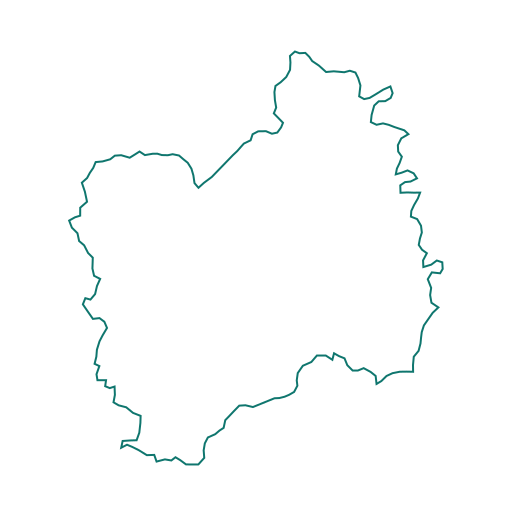 André da Rocha, Rio Grande do Sul, Brazil (Albers equal-area conic projection), rotated 348°
{"feature_id": "56859067B25456576181088", "entity_name": "André da Rocha", "entity_type": "district", "adm_level": 2, "iso_a3": "BRA", "parent_name": "Brazil", "parent_adm1": "Rio Grande do Sul", "projection": "albers", "projection_center": [-51.497, -28.59], "detail": "fine", "context": "isolated", "style": "outline", "palette": "teal", "viewbox_px": 512, "rotation_deg": 348, "n_neighbors": 0, "source": "geoboundaries", "source_scale": "gbopen_adm2", "svg_char_len": 2970}
<svg xmlns="http://www.w3.org/2000/svg" viewBox="0 0 512 512"><g transform="rotate(348 256 256)"><path d="M427.2,163.9L418.3,158.7L413.1,155.3L407.8,152.7L401.2,152.7L396.2,148.9L398.4,142.1L402.9,133.4L408.2,130.2L414.6,131.4L420.6,129.4L423.5,125.1L422.7,118.1L415.1,119.7L406.5,122.8L400.0,125.0L394.4,125.0L390.1,121.3L393.6,110.9L392.9,103.2L391.4,97.2L386.3,94.3L380.5,94.6L376.0,93.2L370.4,91.5L362.8,90.6L357.1,82.8L351.5,77.0L349.5,72.2L346.5,67.6L340.7,66.7L336.6,64.1L330.8,67.4L329.9,73.9L328.0,81.0L322.8,87.2L316.2,91.2L310.4,93.7L308.1,99.5L306.9,107.5L306.6,115.0L303.1,120.2L310.1,131.3L307.3,135.4L302.5,139.7L297.0,139.7L291.7,136.0L284.1,134.5L278.0,136.2L274.8,141.7L267.5,143.5L263.4,146.5L259.4,149.5L254.3,152.6L229.2,169.5L220.3,173.6L213.9,177.3L211.0,171.9L211.5,164.1L211.0,157.2L208.6,150.6L205.1,146.3L201.6,141.7L195.6,139.1L190.8,139.1L184.9,137.7L180.7,135.4L176.1,134.5L168.3,134.2L163.8,129.6L159.0,131.4L152.9,133.6L145.1,129.4L138.8,128.5L133.5,131.1L125.6,131.6L118.7,130.8L115.1,136.0L110.8,140.1L107.0,144.6L100.9,148.1L102.0,157.5L102.0,167.8L94.1,172.2L92.4,180.0L87.0,180.5L80.6,182.5L81.8,190.0L86.1,196.6L86.1,204.6L90.1,209.8L92.4,218.2L96.0,223.7L94.7,229.0L93.4,234.2L93.5,241.7L98.8,246.0L94.2,252.3L90.7,259.8L85.0,264.2L80.3,261.8L76.6,267.3L79.9,275.3L83.4,283.6L90.0,284.2L94.0,288.8L95.3,295.4L89.4,301.8L85.2,306.9L80.9,314.6L78.9,321.3L75.7,327.9L79.9,331.1L75.4,338.5L75.1,344.5L83.5,346.3L81.4,352.0L85.5,354.8L90.5,354.3L89.1,362.5L86.2,369.5L90.6,373.5L97.6,377.0L103.1,383.9L109.9,388.4L108.2,395.3L105.1,404.6L100.9,411.4L94.8,410.3L87.1,409.2L84.3,415.5L90.6,413.8L95.1,416.9L100.9,421.5L107.8,428.1L115.1,429.4L116.0,436.4L124.6,436.0L130.7,438.4L135.4,436.1L139.5,440.0L144.2,445.3L150.0,446.6L156.3,447.9L163.4,442.7L164.4,435.2L167.0,428.6L171.2,423.5L179.1,421.8L184.1,419.1L188.6,417.4L191.8,410.2L196.4,407.1L202.2,403.1L208.5,398.9L214.6,399.8L221.6,403.1L244.5,399.0L249.3,399.8L254.7,399.6L259.4,398.7L265.0,396.9L269.5,391.5L270.0,386.1L272.5,379.2L279.0,373.1L288.1,371.2L294.9,366.0L303.6,367.9L309.1,373.4L312.1,367.4L316.4,371.2L321.3,374.5L322.6,381.8L326.7,388.1L331.9,389.2L338.0,388.1L344.0,393.2L348.1,398.2L347.3,406.2L352.6,404.4L358.7,400.5L365.2,399.0L372.6,399.1L379.2,400.4L385.6,401.9L386.9,395.3L389.4,387.3L395.3,382.6L398.7,375.8L400.6,369.8L402.3,364.9L405.8,358.8L412.4,352.6L417.0,348.3L423.7,344.2L417.9,338.2L418.2,330.4L420.7,323.6L419.2,314.4L424.6,308.6L432.5,311.2L435.9,307.5L436.9,300.9L431.9,298.0L425.6,300.9L417.4,301.6L418.5,295.0L423.7,288.8L419.7,284.4L417.5,279.0L420.0,273.0L423.1,267.5L423.7,260.7L421.3,253.4L415.7,249.7L417.3,244.2L421.3,238.9L426.3,233.4L429.7,228.1L423.3,226.8L417.3,225.3L410.5,224.2L411.8,216.9L417.1,214.7L422.6,215.3L429.6,213.5L427.4,207.9L422.0,203.8L415.7,204.8L409.7,205.2L412.0,199.8L415.8,194.9L419.3,189.2L416.8,183.4L417.8,177.1L422.6,171.1L430.4,168.5L427.2,163.9Z" fill="none" stroke="#0f766e" stroke-width="2"/></g></svg>